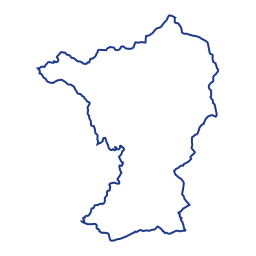 outline of Son Ha, Quảng Ngãi, Vietnam
{"feature_id": "81297802B11658146957456", "entity_name": "Son Ha", "entity_type": "district", "adm_level": 2, "iso_a3": "VNM", "parent_name": "Vietnam", "parent_adm1": "Quảng Ngãi", "projection": "robinson", "projection_center": [108.493, 14.975], "detail": "fine", "context": "isolated", "style": "outline", "palette": "blue", "viewbox_px": 256, "rotation_deg": 0, "n_neighbors": 0, "source": "geoboundaries", "source_scale": "gbopen_adm2", "svg_char_len": 5759}
<svg xmlns="http://www.w3.org/2000/svg" viewBox="0 0 256 256"><path d="M189.4,205.0L188.1,203.2L186.0,200.9L184.4,198.6L183.8,196.5L183.2,195.5L182.3,194.6L182.1,194.1L182.1,193.7L183.0,189.4L183.4,186.2L183.8,183.8L183.7,182.8L183.4,181.9L181.1,178.9L179.0,177.6L175.8,174.9L174.9,173.4L174.4,171.8L174.2,170.6L174.8,170.2L176.1,168.9L178.5,167.8L180.2,166.1L181.2,165.7L183.1,165.7L183.7,164.2L188.3,161.8L189.9,160.3L191.2,158.8L190.4,157.4L190.7,156.5L194.4,153.1L194.8,152.5L194.6,151.7L192.1,148.9L191.7,148.0L191.6,147.3L192.2,145.6L192.3,144.4L191.9,142.5L192.0,137.5L192.3,137.0L193.7,136.2L194.9,135.0L196.8,134.3L197.6,133.3L198.9,130.0L199.5,127.7L200.0,126.9L201.6,125.0L204.0,123.5L204.0,122.4L205.0,120.6L205.5,119.3L207.2,117.3L208.1,116.4L211.0,115.3L212.4,115.2L215.6,116.6L216.1,116.3L216.4,115.7L216.6,114.8L216.6,113.5L216.0,111.1L214.8,105.0L214.3,104.1L213.0,103.0L212.9,100.6L210.9,97.9L210.5,96.9L211.0,96.3L211.2,95.6L211.1,91.1L210.8,90.2L209.9,89.5L209.1,88.3L208.8,87.3L208.8,86.8L209.0,85.4L210.0,84.0L211.4,82.5L213.0,81.6L213.2,81.3L213.3,77.4L213.4,76.4L216.0,73.9L217.6,71.9L218.2,70.6L218.1,69.9L217.8,69.2L217.1,68.4L215.5,63.3L213.4,62.0L213.0,61.2L212.5,57.8L212.8,56.0L212.6,55.1L212.1,54.5L210.7,54.0L210.1,53.7L209.7,52.9L208.0,43.9L207.7,42.9L206.8,41.7L204.1,40.0L201.4,38.7L199.6,37.3L195.5,36.0L193.1,35.7L189.7,34.8L186.6,33.7L184.7,33.8L183.3,33.4L182.3,32.7L181.9,32.3L181.7,30.1L181.0,27.4L178.4,23.6L177.7,23.1L176.8,23.2L175.4,22.8L174.8,22.2L174.7,19.4L174.8,18.3L175.2,17.7L172.7,16.2L169.8,15.4L168.9,15.7L168.3,16.5L166.4,20.5L164.1,22.7L161.0,26.8L160.1,27.4L157.2,28.3L156.0,28.9L152.5,33.2L151.0,34.0L149.9,35.0L148.5,35.6L146.2,35.9L146.0,36.1L145.5,42.5L144.1,42.5L141.5,42.1L137.7,42.7L135.6,42.3L135.3,42.5L135.0,43.2L133.7,46.9L133.2,47.7L131.9,48.4L130.2,48.9L126.4,48.6L125.3,48.0L123.2,46.4L122.1,46.4L120.9,47.0L120.3,48.4L119.8,49.1L118.7,49.8L117.7,50.1L116.7,50.1L115.3,49.8L114.4,48.2L113.8,47.6L109.8,47.0L109.1,47.6L107.7,48.2L106.9,49.0L106.2,50.2L100.8,49.9L98.7,49.9L98.0,50.4L97.7,51.0L97.5,52.5L96.6,53.4L96.0,55.2L95.2,56.5L92.7,58.5L92.1,58.7L90.9,58.6L90.5,58.9L89.4,61.4L89.3,62.3L88.7,62.6L87.6,62.4L86.3,63.9L83.8,63.7L83.0,63.4L81.5,62.1L80.8,61.8L77.3,61.1L75.0,59.0L74.4,58.6L73.7,58.2L71.1,57.6L70.3,56.0L68.7,55.0L67.1,54.8L64.9,52.6L64.0,52.7L61.5,52.1L60.8,52.2L59.6,53.8L57.0,56.7L56.9,57.0L58.1,59.2L58.3,59.7L58.2,60.8L57.7,61.6L57.2,61.9L56.1,62.2L55.6,62.1L54.7,61.4L54.2,61.2L54.0,61.7L53.9,62.4L53.7,62.7L53.5,62.8L52.2,62.7L49.3,62.1L48.1,62.2L45.2,65.6L44.4,67.0L42.0,66.6L40.7,67.1L39.5,68.2L37.8,68.4L39.3,70.0L39.7,70.9L39.9,71.9L39.5,73.4L41.3,73.9L41.6,74.2L42.8,76.3L44.3,78.2L45.5,78.6L45.8,78.9L46.7,80.8L47.6,81.6L49.6,82.5L51.6,82.9L52.8,82.9L53.7,82.7L54.4,81.9L56.4,81.1L58.1,80.1L59.4,80.2L61.1,79.7L62.7,80.3L66.2,82.6L67.5,84.1L68.0,84.4L68.7,84.6L70.5,84.5L71.4,84.9L72.7,86.0L74.0,86.7L74.3,87.6L74.9,88.5L75.2,89.5L76.2,90.7L77.3,92.9L78.0,93.6L80.7,94.2L82.2,96.0L84.0,96.9L84.5,98.4L85.4,99.0L87.3,101.5L88.1,102.0L89.3,102.3L89.7,103.1L89.6,103.8L87.6,107.4L87.6,108.3L88.2,110.1L87.6,112.8L87.6,113.3L88.4,115.1L89.0,115.6L89.2,116.5L89.2,118.0L90.9,121.2L90.9,124.5L91.0,124.9L91.3,125.4L91.8,125.7L93.9,126.3L95.0,129.7L95.4,133.2L96.8,134.3L97.5,135.2L97.6,136.8L97.3,139.1L97.8,140.6L98.1,142.2L97.5,144.2L99.5,143.1L100.2,143.0L101.2,142.4L102.5,141.2L102.8,140.7L103.3,138.4L103.9,138.0L105.0,137.8L105.3,138.0L105.5,138.4L106.1,140.8L107.4,144.1L108.0,145.0L108.8,148.1L109.6,149.2L110.7,149.9L111.2,150.1L111.9,149.9L112.7,149.2L113.0,149.2L114.2,150.3L115.0,150.1L115.4,149.6L115.6,149.2L115.2,147.2L115.6,147.2L116.4,147.8L117.2,149.3L118.4,149.4L119.3,148.9L120.1,147.8L120.1,147.0L119.9,146.2L120.2,145.9L121.0,145.9L121.0,146.3L123.2,147.6L123.9,148.8L123.9,149.5L123.7,150.2L122.3,151.3L121.4,154.1L120.3,155.5L119.0,156.7L119.5,158.1L121.4,161.7L122.0,162.2L122.7,162.3L123.0,162.5L122.4,163.8L122.7,164.2L122.0,165.7L121.5,165.8L119.8,165.4L119.6,165.6L119.3,166.3L119.5,167.6L120.3,170.7L120.6,171.4L121.2,172.0L121.4,172.6L119.7,175.8L117.5,179.0L117.6,179.7L119.1,181.5L119.3,182.3L119.2,183.3L118.8,183.7L118.3,183.7L116.2,183.4L114.5,182.7L113.9,182.6L110.6,183.4L109.6,183.9L109.3,184.6L110.1,186.2L110.2,187.1L109.9,187.7L109.8,190.2L109.3,190.6L107.6,190.8L107.1,191.6L107.0,192.8L107.1,194.7L106.9,195.4L105.4,197.1L104.8,198.3L104.9,201.1L104.7,202.0L104.2,202.8L103.6,203.5L102.3,204.1L101.3,203.7L100.4,203.7L97.8,205.0L95.0,205.2L94.5,205.7L94.0,207.4L93.5,208.0L93.0,208.3L92.3,208.2L91.8,208.5L91.4,208.9L90.9,211.7L90.5,212.8L88.7,215.3L88.0,215.8L86.3,215.9L85.5,216.2L84.8,217.6L83.8,217.5L83.3,217.9L83.1,218.5L84.2,220.7L84.2,221.3L84.0,222.0L83.5,222.0L82.4,221.6L81.9,221.5L82.1,221.8L85.4,223.4L86.3,223.6L87.6,224.2L90.6,224.2L94.9,223.9L96.0,224.4L96.8,225.4L96.5,226.7L96.7,228.2L97.2,228.7L99.2,229.6L99.5,230.4L99.3,231.3L102.3,233.0L104.0,232.6L105.0,232.9L107.9,233.3L108.1,233.4L108.9,234.7L109.0,235.9L110.3,240.0L110.7,240.5L111.2,240.6L113.8,240.6L117.3,239.2L119.7,239.0L126.1,236.5L132.4,233.3L133.4,232.6L134.4,232.6L135.1,231.6L136.3,231.9L137.0,231.8L139.8,230.1L141.0,230.2L143.1,231.0L146.7,230.4L149.6,230.8L151.9,229.8L154.2,229.6L155.2,229.1L157.5,226.5L159.5,227.6L161.2,228.9L162.6,230.6L162.9,231.2L163.5,231.2L164.8,233.0L166.2,232.7L167.0,232.8L168.4,233.7L170.1,233.7L176.1,230.8L177.3,230.7L178.4,231.1L180.3,231.3L182.6,230.7L184.3,230.8L185.1,230.6L185.4,230.3L184.5,229.0L184.0,228.1L183.4,225.1L182.5,222.4L180.8,219.6L180.8,218.9L181.5,218.2L181.5,217.8L180.4,217.4L180.0,217.1L179.7,215.8L179.8,214.1L178.6,213.4L178.5,212.5L180.8,211.5L181.7,210.6L182.4,209.4L183.3,208.5L186.2,206.9L188.4,205.4L189.4,205.0Z" fill="none" stroke="#1e3a8a" stroke-width="2"/></svg>